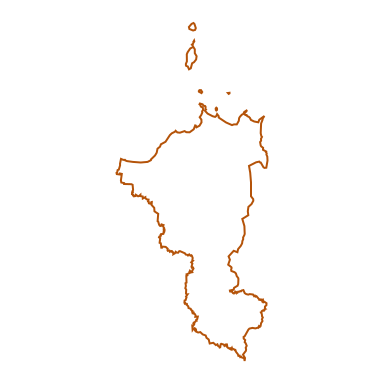 Don Sak, Surat Thani, Thailand
{"feature_id": "78962969B55330970869967", "entity_name": "Don Sak", "entity_type": "district", "adm_level": 2, "iso_a3": "THA", "parent_name": "Thailand", "parent_adm1": "Surat Thani", "projection": "robinson", "projection_center": [99.674, 9.232], "detail": "fine", "context": "isolated", "style": "outline", "palette": "amber", "viewbox_px": 384, "rotation_deg": 0, "n_neighbors": 0, "source": "geoboundaries", "source_scale": "gbopen_adm2", "svg_char_len": 6085}
<svg xmlns="http://www.w3.org/2000/svg" viewBox="0 0 384 384"><path d="M264.4,116.0L259.3,119.7L258.3,122.3L254.2,121.5L250.9,119.9L250.0,118.0L248.8,116.8L247.3,116.2L246.6,115.0L245.5,115.1L244.9,114.6L244.4,113.1L246.2,111.6L246.7,110.8L246.5,110.5L244.2,112.0L243.3,114.0L241.8,114.7L239.9,116.8L239.1,118.2L238.8,120.8L236.8,124.4L233.9,124.4L232.0,125.1L226.1,122.5L219.5,118.1L218.7,117.5L218.7,116.2L217.1,114.1L216.3,116.0L215.1,116.9L212.6,116.2L207.6,113.6L205.0,110.8L205.8,109.7L205.4,109.6L205.6,106.9L205.2,106.1L203.4,105.6L202.6,104.3L199.9,103.5L199.5,104.3L200.1,104.7L200.9,106.6L202.8,107.6L203.1,109.9L202.1,111.3L202.3,112.5L201.2,115.1L199.7,117.2L201.4,119.6L201.5,122.4L199.5,125.7L196.5,127.3L195.8,125.6L195.2,125.4L193.7,129.3L189.6,132.3L186.3,132.2L184.6,131.1L179.9,132.7L177.3,132.4L175.6,130.8L175.0,131.7L171.8,133.3L169.9,135.1L165.5,141.8L160.9,144.3L160.0,146.7L157.5,148.7L156.7,152.7L155.0,155.5L151.0,159.4L150.9,160.2L147.6,161.9L140.7,162.5L132.8,161.9L127.0,161.1L125.2,160.4L125.0,159.9L123.3,159.9L121.0,158.9L120.0,163.8L120.1,165.3L118.8,169.6L117.6,170.1L117.2,172.3L116.5,172.9L116.8,174.1L119.9,174.5L120.0,173.5L121.8,173.9L120.9,180.4L121.3,182.5L124.1,183.1L124.1,184.0L131.4,184.2L132.6,184.8L133.1,190.0L132.6,190.8L132.9,192.0L132.1,192.2L132.0,194.2L132.9,194.4L133.0,195.4L133.7,195.4L134.0,196.3L135.6,196.0L135.9,194.8L138.1,196.3L139.1,196.0L140.4,194.8L140.4,196.1L142.7,196.5L142.8,198.5L145.3,197.2L145.3,198.0L146.6,199.3L148.5,199.6L148.0,201.4L148.7,201.6L148.9,203.3L150.7,203.8L151.3,202.1L151.8,202.0L151.6,205.0L154.2,207.8L154.5,211.4L158.2,213.8L157.6,221.2L158.2,221.6L159.1,224.7L159.9,225.8L160.8,226.0L161.5,224.4L163.5,225.1L162.9,226.1L164.2,228.2L163.7,228.7L163.7,229.6L164.6,230.0L164.3,231.8L164.0,232.4L163.6,232.0L163.3,233.9L161.0,234.1L160.5,234.9L160.9,235.7L159.3,236.6L159.0,237.4L160.2,238.1L159.6,242.8L160.8,243.3L161.3,247.7L162.0,247.7L162.3,246.6L165.7,246.9L167.7,248.7L167.5,250.2L167.8,250.8L169.4,250.5L169.9,251.8L171.2,251.0L172.0,251.2L172.0,251.9L173.0,252.2L173.2,253.3L173.7,253.3L173.5,254.1L174.9,253.3L175.7,251.8L176.8,252.7L178.2,252.7L179.1,251.3L179.9,251.1L184.9,253.3L185.7,254.5L187.5,254.9L188.0,255.5L189.2,254.4L190.4,255.7L191.3,255.2L191.8,255.6L192.7,258.0L192.3,260.3L193.0,260.7L191.2,262.3L192.4,263.5L191.5,266.8L191.8,267.4L192.1,267.0L193.0,267.4L193.5,268.6L191.9,271.3L192.3,272.2L191.2,272.4L189.9,270.8L189.3,272.1L189.5,273.1L186.6,274.3L187.3,275.4L186.3,275.9L186.5,282.6L185.5,283.2L185.9,286.0L185.3,288.2L186.2,289.6L186.0,293.5L186.7,294.5L187.5,294.4L186.0,296.6L186.5,297.3L185.6,300.1L184.6,300.5L184.4,302.7L184.8,303.6L185.5,303.2L186.2,304.3L186.9,304.1L187.1,305.2L188.3,306.4L188.5,308.0L190.7,308.8L191.1,309.9L192.4,310.8L192.1,311.5L192.6,313.2L193.2,313.0L192.9,312.1L193.7,312.4L193.9,313.7L194.8,314.0L195.6,315.4L195.3,316.8L197.8,316.6L197.2,319.1L196.3,319.7L196.6,320.7L195.9,320.8L195.3,321.8L193.8,322.6L194.4,323.8L194.1,324.5L193.4,324.3L193.5,325.2L192.8,326.3L192.3,326.0L192.6,329.9L193.3,328.9L194.2,329.2L194.0,328.5L194.4,328.3L194.7,329.2L195.5,328.8L196.0,329.6L196.1,330.3L195.3,330.8L195.9,331.5L198.1,332.5L200.3,332.1L202.7,334.4L205.7,335.5L206.5,337.8L208.7,339.5L209.7,343.5L213.3,342.8L215.9,345.1L217.4,344.3L218.2,346.1L219.2,346.5L219.6,347.5L220.2,347.3L220.7,344.2L221.2,343.8L223.8,344.6L224.4,345.8L225.9,344.4L226.9,344.4L227.1,345.5L225.6,345.4L228.3,348.1L229.1,348.1L229.5,348.7L230.4,348.3L230.8,349.4L231.4,349.6L231.3,349.0L231.9,347.9L232.1,348.5L234.4,349.5L234.8,350.2L235.4,350.0L236.1,352.0L237.8,354.1L238.4,355.9L239.6,355.6L240.2,357.1L241.1,356.7L241.4,357.3L244.2,358.3L244.6,361.0L245.0,358.0L243.0,354.6L245.9,350.8L246.1,349.2L245.7,347.8L246.7,345.8L245.6,343.1L244.7,342.2L245.2,340.1L243.7,338.6L243.6,336.9L244.7,336.2L248.4,329.6L249.4,328.6L252.4,327.9L255.4,328.4L258.2,327.6L258.6,326.8L258.8,327.3L259.2,326.8L259.7,326.9L259.9,326.0L260.6,325.9L261.1,323.1L262.5,321.0L261.9,319.3L262.8,317.4L262.1,316.5L261.8,314.0L260.9,312.4L261.6,312.1L261.8,311.1L262.8,310.5L263.6,310.7L263.6,310.2L264.5,310.0L264.7,309.1L265.3,308.9L264.9,308.6L265.0,306.5L266.4,305.2L266.5,303.2L264.5,301.8L263.6,302.2L263.1,300.3L262.3,301.4L261.8,300.3L260.4,300.0L261.2,299.5L259.1,299.3L256.5,296.2L255.6,296.6L254.9,295.6L254.1,296.2L253.0,294.5L249.7,294.1L248.3,294.6L246.2,294.1L244.7,293.1L243.4,290.1L241.7,290.5L241.0,291.3L240.2,291.1L239.5,291.7L238.1,291.7L237.5,292.7L236.2,292.0L236.0,292.9L235.1,291.9L233.9,293.5L233.1,293.2L231.8,291.6L230.1,291.5L229.9,290.5L231.6,290.1L232.1,291.0L232.8,289.8L233.7,289.7L234.1,287.8L237.6,285.7L238.2,284.0L238.4,279.3L238.3,278.2L236.7,276.0L235.9,273.4L234.6,272.2L231.4,271.0L231.1,269.8L231.6,267.9L231.3,267.1L228.2,264.7L229.9,259.7L228.6,256.4L233.7,250.8L237.4,252.2L238.1,249.1L240.7,246.0L242.1,243.4L242.4,241.0L243.2,239.2L243.1,237.5L244.5,234.7L244.7,233.7L244.4,226.1L242.3,218.9L248.3,215.2L247.8,211.3L248.4,206.9L251.5,204.1L253.3,200.8L253.2,199.1L251.0,196.3L251.0,182.3L250.2,172.7L249.0,165.9L256.1,162.3L259.3,161.6L260.2,162.6L260.8,162.6L263.5,167.3L264.5,167.9L266.3,167.7L267.5,160.6L267.3,156.6L266.4,154.5L266.7,153.3L265.9,152.1L266.2,151.5L263.0,149.8L263.1,147.8L261.2,146.4L260.7,145.5L260.1,142.1L261.1,140.7L261.0,138.7L262.0,136.9L261.3,136.0L260.7,133.2L261.1,123.5L262.6,119.6L262.5,118.9L264.4,116.0ZM189.0,69.3L190.8,68.3L192.1,63.3L194.0,62.2L196.1,59.5L196.6,56.2L194.8,53.2L194.8,49.3L193.3,46.9L190.2,48.5L187.6,52.3L186.8,54.3L186.9,61.4L185.9,63.8L185.9,65.1L186.2,65.9L187.8,66.5L189.0,69.3ZM193.1,30.5L195.1,29.9L195.8,28.1L194.4,23.9L193.4,23.0L191.6,23.9L188.9,27.0L189.4,29.0L193.1,30.5ZM201.0,90.1L199.5,90.1L198.8,91.1L198.9,91.7L201.5,93.1L202.2,92.0L201.0,90.1ZM216.3,110.5L216.9,110.1L217.1,109.3L217.0,108.3L216.3,107.7L215.7,108.4L215.8,109.9L216.3,110.5ZM228.7,93.9L229.5,93.4L229.5,92.8L227.9,93.0L228.7,93.9ZM193.5,42.6L194.3,41.4L194.1,40.6L193.3,42.0L193.5,42.6ZM192.6,45.3L192.8,44.6L192.4,44.2L191.9,44.7L192.6,45.3Z" fill="none" stroke="#b45309" stroke-width="2"/></svg>